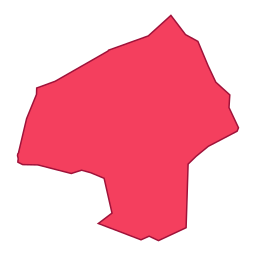 outline of Taishir, Govi-Altay, Mongolia
{"feature_id": "93677404B52010246121737", "entity_name": "Taishir", "entity_type": "district", "adm_level": 2, "iso_a3": "MNG", "parent_name": "Mongolia", "parent_adm1": "Govi-Altay", "projection": "mercator", "projection_center": [96.271, 46.587], "detail": "fine", "context": "isolated", "style": "filled", "palette": "rose", "viewbox_px": 256, "rotation_deg": 0, "n_neighbors": 0, "source": "geoboundaries", "source_scale": "gbopen_adm2", "svg_char_len": 779}
<svg xmlns="http://www.w3.org/2000/svg" viewBox="0 0 256 256"><path d="M107.2,51.5L55.1,81.3L36.7,88.0L36.5,94.4L26.6,118.6L18.7,151.9L18.7,152.5L18.4,153.0L18.1,153.4L17.8,153.9L17.6,154.9L17.6,155.5L17.5,155.8L17.6,156.1L17.7,156.5L17.8,156.8L17.9,157.3L18.1,157.8L18.1,158.4L18.2,159.1L18.1,159.6L18.0,160.1L18.0,160.7L17.9,160.9L17.9,161.3L17.9,161.9L17.9,162.2L22.7,164.6L37.8,164.9L71.3,173.5L81.5,170.2L90.7,172.7L104.1,178.3L112.0,213.1L98.3,223.5L141.0,239.8L149.1,236.2L158.5,240.6L186.1,227.7L188.1,164.1L196.1,156.3L208.3,146.3L237.1,131.2L238.5,127.8L229.0,107.6L229.8,94.9L215.8,82.2L208.0,65.6L197.9,41.4L185.5,34.6L170.9,15.4L148.3,35.9L108.5,50.2L108.2,50.7L108.0,51.0L107.9,51.1L107.6,51.3L107.2,51.5Z" fill="#f43f5e" stroke="#9f1239" stroke-width="1.5"/></svg>